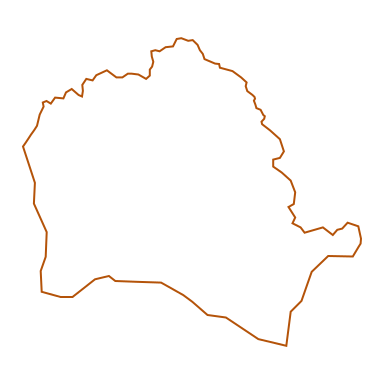 the district of Tropojë, Kukës, Albania
{"feature_id": "67620474B51082079967557", "entity_name": "Tropojë", "entity_type": "district", "adm_level": 2, "iso_a3": "ALB", "parent_name": "Albania", "parent_adm1": "Kukës", "projection": "equal_earth", "projection_center": [20.083, 42.368], "detail": "fine", "context": "isolated", "style": "outline", "palette": "amber", "viewbox_px": 384, "rotation_deg": 0, "n_neighbors": 0, "source": "geoboundaries", "source_scale": "gbopen_adm2", "svg_char_len": 1512}
<svg xmlns="http://www.w3.org/2000/svg" viewBox="0 0 384 384"><path d="M361.0,238.7L358.3,226.3L347.6,222.7L342.2,228.6L337.3,229.8L332.8,235.0L322.9,227.4L304.6,232.7L300.6,227.4L292.5,223.3L295.2,217.5L288.5,207.0L293.8,204.0L295.2,192.3L290.7,180.6L281.7,172.5L273.2,166.6L273.2,159.6L279.9,157.9L283.9,151.4L279.9,139.2L270.1,130.4L262.1,124.2L261.5,121.7L264.2,118.8L264.8,116.2L263.3,115.0L260.6,109.8L256.4,108.1L255.4,104.6L253.9,100.7L255.0,98.7L254.5,96.9L252.4,94.9L247.3,91.1L245.7,86.2L246.6,82.4L241.1,77.4L232.5,71.1L219.9,67.7L219.1,64.0L215.1,63.6L204.5,59.1L202.8,53.9L199.9,50.2L197.6,44.9L192.7,40.1L188.2,40.8L181.3,38.2L176.7,39.0L173.0,46.4L165.6,47.2L159.6,51.3L155.3,50.2L151.3,51.3L151.8,56.5L153.3,61.8L152.1,66.6L149.8,69.6L149.8,75.6L146.1,78.9L138.4,74.5L131.8,73.7L127.8,73.7L122.4,77.4L116.4,77.4L106.9,70.3L96.3,75.2L92.6,80.4L86.3,78.9L82.3,84.9L82.9,90.9L82.0,96.5L78.6,95.0L71.7,89.0L66.0,92.4L63.4,98.4L55.1,97.6L50.8,103.6L46.5,101.0L42.8,102.5L43.6,106.6L39.7,114.6L37.0,125.8L34.3,130.0L31.3,134.2L31.2,134.3L28.4,138.6L25.4,143.1L23.0,146.5L34.9,182.8L33.9,203.6L46.7,232.1L45.7,256.8L40.7,271.0L41.7,291.8L60.6,297.0L72.5,297.0L95.0,279.3L108.9,276.0L115.3,281.0L136.3,281.8L161.1,282.6L183.3,295.1L192.2,301.7L207.5,315.0L225.9,317.5L258.3,339.1L286.3,345.8L290.7,311.7L301.5,300.9L307.3,284.3L311.7,271.8L328.2,256.0L352.8,256.5L355.5,252.0L357.3,249.0L358.2,247.5L358.6,246.8L360.6,243.6L360.8,241.0L361.0,238.7Z" fill="none" stroke="#b45309" stroke-width="2"/></svg>